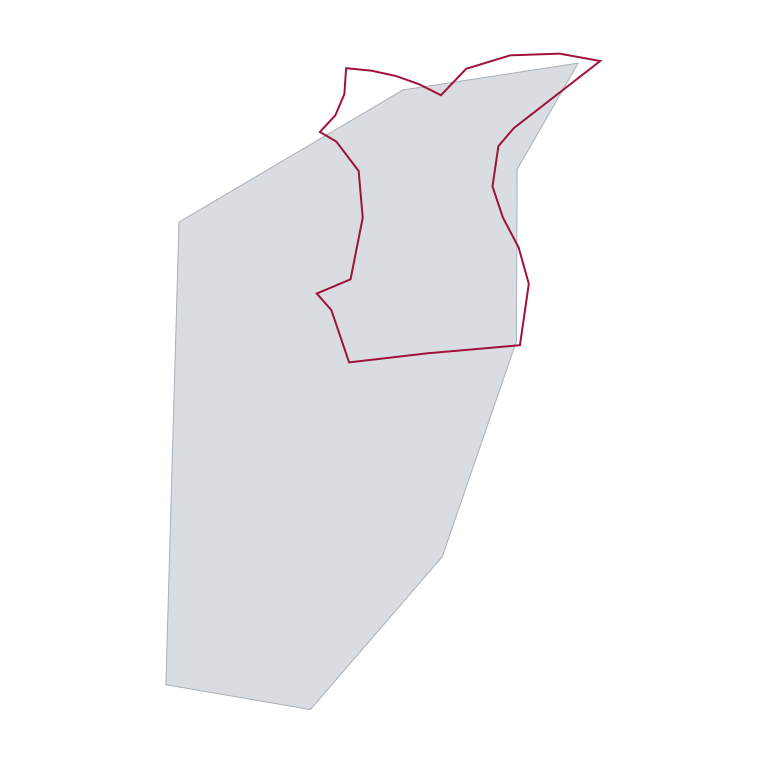 location of Saint George within Grenada, rotated 175°
{"feature_id": "GRD-5072", "entity_name": "Saint George", "entity_type": "Parish", "adm_level": 1, "iso_a3": "GRD", "parent_name": "Grenada", "parent_adm1": "", "projection": "mercator", "projection_center": [-61.72, 12.057], "detail": "fine", "context": "in_parent", "style": "outline", "palette": "rose", "viewbox_px": 768, "rotation_deg": 175, "n_neighbors": 0, "source": "natural_earth", "source_scale": "10m", "svg_char_len": 671}
<svg xmlns="http://www.w3.org/2000/svg" viewBox="0 0 768 768"><g transform="rotate(175 384 384)"><path d="M339.5,675.3L162.6,686.7L232.7,586.2L248.3,415.2L341.0,206.9L485.7,66.1L627.5,103.4L574.1,563.2L339.5,675.3Z" fill="#d9dde1" stroke="#a8b0b8" stroke-width="1"/><path d="M425.9,640.7L409.0,656.0L398.2,676.3L394.2,701.9L369.5,697.3L345.6,689.9L323.0,679.6L302.1,666.7L274.6,690.9L229.6,700.4L180.2,697.8L140.5,686.9L232.5,627.5L249.3,611.0L258.7,571.4L251.1,539.6L238.0,508.3L231.0,471.2L245.2,410.8L338.3,410.8L416.9,408.6L430.0,462.2L443.1,480.0L408.2,491.2L390.7,551.5L390.7,598.4L410.3,629.6L425.9,640.7Z" fill="none" stroke="#9f1239" stroke-width="2"/></g></svg>